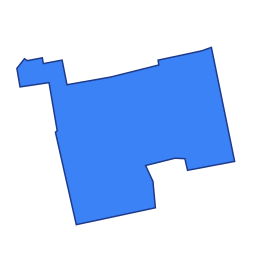 Schuyler, New York, United States of America, rotated 170°
{"feature_id": "52423323B65441354087785", "entity_name": "Schuyler", "entity_type": "district", "adm_level": 2, "iso_a3": "USA", "parent_name": "United States of America", "parent_adm1": "New York", "projection": "mercator", "projection_center": [-76.828, 42.39], "detail": "fine", "context": "isolated", "style": "filled", "palette": "blue", "viewbox_px": 256, "rotation_deg": 170, "n_neighbors": 0, "source": "geoboundaries", "source_scale": "gbopen_adm2", "svg_char_len": 454}
<svg xmlns="http://www.w3.org/2000/svg" viewBox="0 0 256 256"><g transform="rotate(170 128 128)"><path d="M114.9,44.7L112.7,71.1L117.2,88.0L87.0,90.1L77.3,87.9L76.7,76.0L28.8,76.6L31.9,192.9L42.0,191.2L86.6,189.6L86.7,184.7L136.3,181.2L180.6,181.2L181.1,206.3L200.2,206.1L200.2,212.0L215.5,211.8L217.9,214.2L227.1,206.0L227.2,187.2L197.9,186.4L198.2,137.5L200.2,136.4L195.7,41.8L114.9,44.7Z" fill="#3b82f6" stroke="#1e3a8a" stroke-width="1.5"/></g></svg>